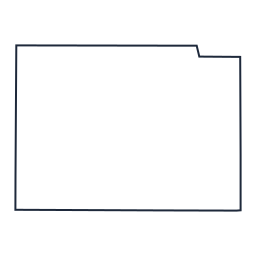 the district of Day, South Dakota, United States of America
{"feature_id": "52423323B43652736697030", "entity_name": "Day", "entity_type": "district", "adm_level": 2, "iso_a3": "USA", "parent_name": "United States of America", "parent_adm1": "South Dakota", "projection": "natural_earth1", "projection_center": [-97.508, 45.37], "detail": "fine", "context": "isolated", "style": "outline", "palette": "slate", "viewbox_px": 256, "rotation_deg": 0, "n_neighbors": 0, "source": "geoboundaries", "source_scale": "gbopen_adm2", "svg_char_len": 252}
<svg xmlns="http://www.w3.org/2000/svg" viewBox="0 0 256 256"><path d="M160.7,210.4L236.6,210.6L240.6,210.3L240.6,155.2L240.2,56.9L199.3,56.6L196.7,45.7L16.3,45.4L15.5,176.9L15.4,209.8L160.7,210.4Z" fill="none" stroke="#1e293b" stroke-width="2"/></svg>